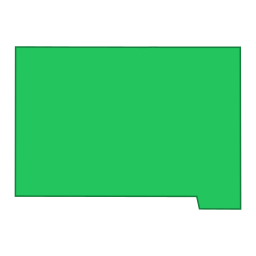 the district of Marshall, South Dakota, United States of America
{"feature_id": "52423323B27274564243659", "entity_name": "Marshall", "entity_type": "district", "adm_level": 2, "iso_a3": "USA", "parent_name": "United States of America", "parent_adm1": "South Dakota", "projection": "mercator", "projection_center": [-97.549, 45.747], "detail": "fine", "context": "isolated", "style": "filled", "palette": "green", "viewbox_px": 256, "rotation_deg": 0, "n_neighbors": 0, "source": "geoboundaries", "source_scale": "gbopen_adm2", "svg_char_len": 341}
<svg xmlns="http://www.w3.org/2000/svg" viewBox="0 0 256 256"><path d="M240.6,209.0L240.3,47.3L215.2,47.3L213.2,47.3L164.3,47.3L161.4,47.3L153.3,47.2L153.2,47.2L146.2,47.3L100.1,47.2L76.0,47.2L73.7,47.2L21.6,47.0L15.6,47.0L15.5,121.5L15.4,196.1L196.8,196.4L199.5,208.8L240.6,209.0Z" fill="#22c55e" stroke="#15803d" stroke-width="1.5"/></svg>